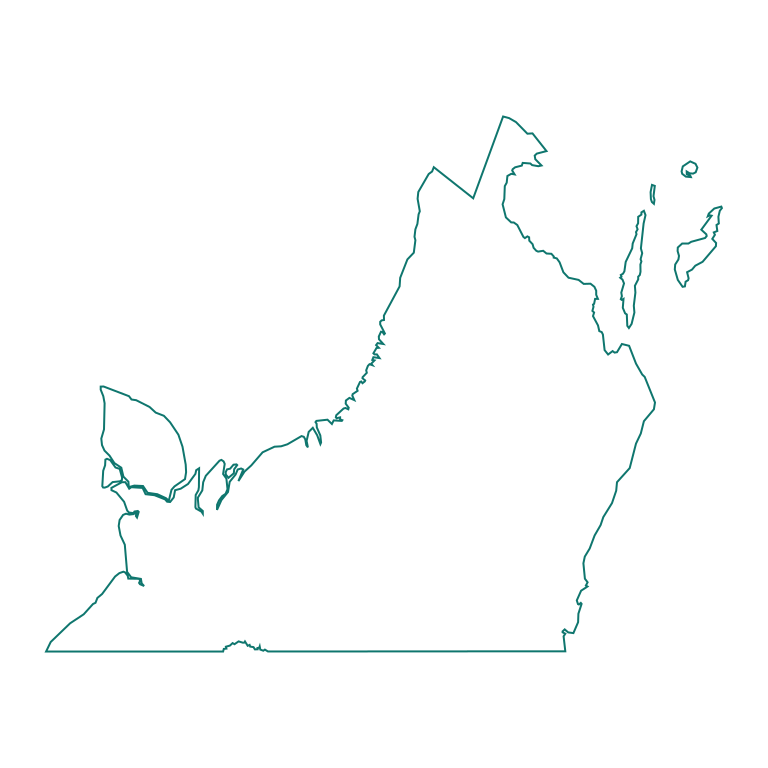 an SVG outline of Papua, rotated 90°
{"feature_id": "IDN-558", "entity_name": "Papua", "entity_type": "Province", "adm_level": 1, "iso_a3": "IDN", "parent_name": "Indonesia", "parent_adm1": "", "projection": "mercator", "projection_center": [137.674, -4.867], "detail": "fine", "context": "isolated", "style": "outline", "palette": "teal", "viewbox_px": 768, "rotation_deg": 90, "n_neighbors": 0, "source": "natural_earth", "source_scale": "10m", "svg_char_len": 6116}
<svg xmlns="http://www.w3.org/2000/svg" viewBox="0 0 768 768"><g transform="rotate(90 384 384)"><path d="M651.3,202.7L651.5,500.0L649.6,503.1L650.7,504.7L649.6,507.7L646.4,508.3L647.8,508.8L648.0,510.5L649.3,510.4L649.4,513.1L647.1,514.5L646.6,517.8L644.9,518.4L645.8,520.3L641.5,523.0L642.6,523.6L642.7,525.1L641.4,529.4L644.2,533.5L643.1,535.4L645.6,538.1L646.7,542.1L648.6,541.6L648.9,544.2L651.5,544.9L651.5,721.9L642.0,717.3L623.3,697.9L614.3,684.3L604.0,675.0L602.8,672.5L597.9,670.6L594.0,665.9L576.5,652.9L573.1,648.6L571.7,644.6L572.4,642.9L575.7,640.3L578.6,639.7L578.8,629.0L580.6,627.8L582.9,628.9L584.2,628.0L586.0,623.9L583.4,626.3L578.9,627.1L577.3,636.8L571.9,640.9L544.7,643.2L535.5,647.5L526.0,649.3L520.0,648.4L514.9,644.9L513.7,642.0L514.6,638.6L514.1,634.4L512.0,631.5L516.0,632.1L517.5,631.0L511.9,629.3L511.0,630.2L511.5,633.5L513.1,634.6L512.5,639.1L510.6,640.8L501.8,643.9L492.5,651.6L490.2,656.5L487.9,656.6L482.2,646.1L482.2,642.6L488.7,638.8L487.2,636.7L487.9,625.4L494.2,622.4L495.2,613.5L499.4,602.9L501.7,600.9L502.0,597.9L497.5,594.3L490.2,592.9L488.7,587.3L484.0,580.0L473.9,572.6L470.2,571.8L468.3,568.9L487.1,569.1L490.3,569.6L495.0,572.3L507.1,572.6L508.5,572.1L511.7,566.5L513.7,565.2L511.0,565.2L507.3,569.4L499.5,570.1L497.6,570.1L490.4,565.7L482.2,564.8L475.8,562.2L460.7,548.5L459.9,546.6L461.4,544.4L463.9,543.3L474.0,544.9L478.6,541.6L489.2,540.5L493.8,542.4L496.1,545.8L500.4,549.0L504.7,550.9L509.9,551.0L500.1,546.6L492.0,540.0L481.8,538.3L474.5,532.4L469.5,530.3L468.5,526.9L469.5,524.8L481.1,529.6L471.6,523.5L465.4,516.7L452.3,505.4L446.7,493.5L446.3,486.9L444.3,480.6L436.1,466.5L436.8,464.2L439.4,462.7L445.2,461.7L447.4,460.1L440.9,461.4L431.9,459.3L427.8,455.2L435.3,450.8L444.1,447.6L442.5,446.9L435.4,447.7L427.4,451.2L423.7,451.4L422.1,452.5L420.9,451.6L419.7,440.5L424.0,436.1L420.4,434.3L420.9,426.2L420.2,425.7L419.4,427.9L417.4,427.9L418.2,431.4L417.3,432.2L415.2,431.7L408.5,424.4L408.0,422.5L409.3,419.7L407.7,419.3L403.7,422.3L400.5,422.1L397.9,418.6L400.1,413.7L395.6,415.7L394.1,415.3L390.8,410.4L388.6,411.1L382.0,408.0L381.5,406.8L383.2,405.5L381.4,403.2L380.5,402.8L378.3,405.5L377.2,405.4L372.8,401.2L370.3,401.8L365.9,400.1L364.2,398.5L365.2,395.6L363.7,396.8L360.4,393.5L359.9,395.7L357.2,394.6L358.1,388.5L354.4,391.1L354.4,393.5L353.3,394.6L348.0,391.5L347.8,389.2L345.1,391.9L343.1,390.4L344.0,384.7L339.3,389.0L336.5,389.2L331.7,387.0L332.0,385.5L334.3,383.9L333.5,383.1L324.4,387.8L321.8,387.8L320.4,386.4L320.0,384.0L315.6,384.1L286.4,368.4L277.8,367.8L259.4,360.6L252.7,354.2L240.2,352.6L236.8,353.5L229.3,352.6L223.9,350.6L214.3,349.4L211.3,348.2L198.8,350.4L192.0,349.7L174.0,339.3L171.5,335.9L167.2,334.2L198.3,294.8L116.5,264.9L118.1,258.9L122.1,252.0L133.7,240.6L133.4,235.5L151.1,221.5L153.6,231.2L155.6,233.3L159.2,232.7L165.5,226.5L166.2,229.7L165.1,235.9L163.5,237.6L162.9,245.3L165.6,246.2L167.3,252.9L169.2,255.3L170.5,255.8L174.4,253.4L173.8,256.7L176.0,260.6L182.7,261.3L186.1,263.2L199.1,263.7L204.3,265.4L217.4,262.1L222.4,256.8L222.5,254.2L225.0,250.7L236.9,244.6L238.1,243.1L236.4,240.6L237.3,238.9L240.7,238.7L244.2,235.4L247.8,234.4L250.8,231.7L251.6,229.9L250.8,224.8L253.5,221.5L253.8,216.6L256.5,214.2L257.6,214.3L258.4,211.2L262.3,208.4L272.3,204.6L277.7,199.5L279.9,189.4L283.9,184.3L283.7,177.5L286.8,173.6L290.7,171.8L294.8,171.8L298.9,170.1L298.9,172.9L303.8,173.9L304.6,175.0L306.8,174.5L310.9,175.6L312.5,173.9L316.1,175.0L325.4,170.0L331.1,168.7L332.1,166.3L334.5,165.1L350.1,163.4L354.5,159.9L351.1,155.4L352.6,153.4L352.2,151.0L344.0,146.1L345.8,138.9L363.6,132.0L374.5,125.8L376.9,123.3L402.5,113.0L409.3,114.1L421.2,124.1L433.5,127.2L443.6,132.0L468.1,138.3L482.2,151.0L490.7,151.8L503.1,156.0L517.1,164.7L525.1,167.4L535.5,173.4L548.5,178.3L556.6,183.2L563.3,184.6L578.7,183.1L582.3,180.4L585.5,182.1L586.5,180.5L590.7,186.9L600.4,191.2L604.1,190.0L604.5,189.1L602.9,187.2L603.9,186.4L613.7,189.6L622.2,189.9L633.1,194.6L632.4,199.8L629.4,203.3L631.4,205.4L632.3,205.4L633.7,202.7L636.3,204.4L651.3,202.7ZM489.8,596.5L500.7,599.2L498.2,602.0L494.2,610.7L492.8,620.4L486.0,625.0L485.6,633.7L487.1,639.2L481.7,639.6L476.6,644.6L467.7,646.7L463.1,653.6L455.6,658.5L450.6,663.5L445.1,666.0L438.6,666.7L429.4,664.0L403.3,663.4L396.2,664.7L389.7,667.3L386.6,667.3L386.5,664.4L396.2,639.0L399.5,636.5L400.2,631.8L407.0,618.4L412.6,612.3L415.8,604.1L422.3,597.9L434.7,589.6L446.7,585.5L464.6,582.3L472.2,581.9L479.1,583.0L486.4,593.5L489.8,596.5ZM286.4,83.1L286.8,85.4L279.9,90.2L269.4,93.2L264.5,92.8L259.5,89.6L255.9,89.0L251.0,90.4L247.5,90.2L243.5,85.8L243.5,79.5L241.8,76.8L238.0,62.9L236.0,61.3L234.3,61.7L229.7,66.7L215.7,56.4L215.3,58.2L216.3,60.2L213.6,59.2L208.5,53.7L206.6,46.7L208.1,46.1L210.8,48.2L216.8,49.6L223.5,49.2L225.0,51.5L231.0,50.7L232.4,54.2L234.8,53.1L238.9,55.7L243.0,51.9L246.2,52.1L261.8,65.4L265.7,72.7L269.6,76.0L272.2,80.9L278.3,79.4L280.2,79.9L281.7,82.4L286.4,83.1ZM323.9,136.4L328.0,139.1L325.8,140.7L314.5,141.2L313.3,142.9L307.8,145.2L298.9,144.5L299.9,146.2L299.2,147.2L296.2,146.1L292.6,146.7L283.4,144.0L279.6,145.5L277.7,147.8L276.7,146.5L275.0,147.2L273.7,145.0L271.3,143.6L261.9,142.3L248.3,135.8L243.5,135.3L234.2,131.5L232.1,132.0L229.3,130.4L226.2,131.5L223.3,129.9L216.8,129.8L214.6,126.6L212.4,126.6L210.8,124.1L215.1,122.5L223.5,124.4L248.4,127.1L253.2,125.8L259.2,127.4L261.4,126.6L264.5,127.6L271.8,127.5L275.0,128.2L276.7,129.8L279.4,129.8L285.8,133.1L292.6,132.6L305.7,134.2L312.5,133.6L323.9,136.4ZM486.5,660.2L487.6,663.2L487.5,664.9L486.2,665.7L470.8,664.8L465.3,662.9L459.6,662.6L458.8,661.0L460.1,657.8L467.5,652.5L468.9,648.3L477.6,645.9L480.1,646.1L481.3,648.0L482.1,655.4L486.5,660.2ZM177.1,77.1L176.6,82.2L173.8,85.8L171.4,86.4L166.4,85.2L161.4,77.8L163.8,72.5L167.6,70.6L172.3,72.3L173.6,74.9L173.3,78.4L171.5,81.3L174.2,81.2L175.5,77.8L177.1,77.1ZM473.3,534.2L477.8,539.5L474.5,542.2L472.1,542.3L469.4,541.0L468.7,537.9L464.7,534.5L464.4,531.5L465.1,530.8L469.2,533.8L473.3,534.2ZM199.9,113.5L203.8,114.1L202.0,116.1L199.1,117.1L192.1,117.4L184.9,116.0L185.9,113.2L196.2,114.5L199.9,113.5Z" fill="none" stroke="#0f766e" stroke-width="2"/></g></svg>